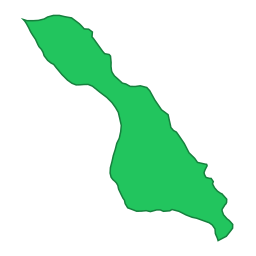 outline of Saqulta, Suhaj, Egypt
{"feature_id": "37247803B11540085647408", "entity_name": "Saqulta", "entity_type": "district", "adm_level": 2, "iso_a3": "EGY", "parent_name": "Egypt", "parent_adm1": "Suhaj", "projection": "natural_earth1", "projection_center": [31.659, 26.692], "detail": "fine", "context": "isolated", "style": "filled", "palette": "green", "viewbox_px": 256, "rotation_deg": 0, "n_neighbors": 0, "source": "geoboundaries", "source_scale": "gbopen_adm2", "svg_char_len": 2077}
<svg xmlns="http://www.w3.org/2000/svg" viewBox="0 0 256 256"><path d="M206.6,164.3L205.5,164.2L197.5,162.4L194.7,158.4L189.0,152.8L184.5,144.0L184.1,143.3L179.2,136.1L176.4,132.1L173.5,130.5L170.7,127.3L170.7,126.5L168.9,118.5L168.8,118.0L168.1,114.7L161.5,109.8L154.8,100.0L149.7,90.7L146.8,87.5L140.3,85.8L135.2,86.5L130.2,86.4L125.9,84.0L122.3,83.1L118.0,79.1L114.4,75.9L112.3,72.7L111.6,71.1L111.0,66.4L111.1,62.4L110.5,56.1L109.1,54.5L104.7,53.7L102.6,51.3L93.4,38.5L92.0,36.9L92.4,32.0L88.7,29.2L84.2,28.9L81.3,25.7L79.3,23.7L76.8,21.8L71.6,17.9L64.9,16.7L59.3,15.4L53.4,15.4L47.6,17.0L44.1,19.0L38.4,20.4L33.1,20.7L27.1,20.7L23.3,19.5L24.8,21.1L26.5,23.7L28.8,27.9L30.1,30.7L31.1,32.6L33.2,35.9L35.5,39.3L38.0,44.8L39.1,46.8L41.5,49.5L43.2,52.6L43.4,53.4L44.1,55.7L47.7,60.4L51.0,63.0L53.7,64.4L56.5,68.0L62.0,74.6L67.6,80.2L72.0,83.3L76.1,84.9L80.0,84.8L83.6,84.5L88.1,84.4L92.5,86.2L99.8,92.1L102.7,94.3L106.8,97.4L112.0,102.6L115.5,107.5L118.3,112.3L119.7,118.2L121.3,125.5L121.2,126.4L120.7,131.7L119.3,138.2L116.8,143.3L115.2,149.7L113.3,155.6L112.1,161.2L110.4,167.7L110.1,173.1L111.1,177.2L112.9,179.6L114.8,181.2L116.3,182.8L117.9,185.5L118.1,186.7L118.6,189.1L121.1,194.4L122.9,198.0L123.0,198.2L124.4,200.1L125.2,203.7L127.7,207.8L133.0,209.8L136.6,211.2L141.5,211.1L145.6,210.7L145.8,210.7L146.0,210.6L150.4,211.6L153.4,210.8L156.7,209.9L158.3,209.9L160.3,209.9L163.4,211.3L169.8,210.8L172.0,209.5L178.8,211.3L180.3,212.0L182.5,213.1L186.0,214.9L192.2,217.3L196.6,218.2L204.9,221.2L209.3,222.8L212.3,225.0L215.0,228.9L215.4,233.7L217.3,238.0L218.1,240.6L226.3,236.3L230.1,231.5L230.5,231.0L230.9,230.5L232.6,228.2L232.7,224.4L231.3,222.8L230.6,222.0L229.1,220.4L227.0,218.8L224.9,216.4L223.5,214.8L222.1,210.9L222.1,210.1L222.1,209.3L225.1,204.6L225.9,203.9L226.6,202.3L226.7,199.2L226.0,198.4L221.7,193.6L221.0,193.6L217.4,191.1L214.6,187.9L212.5,183.9L213.3,181.6L211.1,178.4L209.7,178.4L206.1,177.5L204.7,175.1L204.0,172.8L204.8,170.4L205.5,168.9L206.3,167.3L207.1,165.8L206.8,164.7L206.6,164.3Z" fill="#22c55e" stroke="#15803d" stroke-width="1.5"/></svg>